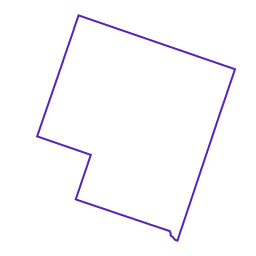 Peterborough, South Australia, Australia, rotated 289°
{"feature_id": "25037944B63042885451223", "entity_name": "Peterborough", "entity_type": "district", "adm_level": 2, "iso_a3": "AUS", "parent_name": "Australia", "parent_adm1": "South Australia", "projection": "robinson", "projection_center": [138.942, -32.848], "detail": "fine", "context": "isolated", "style": "outline", "palette": "violet", "viewbox_px": 256, "rotation_deg": 289, "n_neighbors": 0, "source": "geoboundaries", "source_scale": "gbopen_adm2", "svg_char_len": 2042}
<svg xmlns="http://www.w3.org/2000/svg" viewBox="0 0 256 256"><g transform="rotate(289 128 128)"><path d="M218.4,210.0L218.4,182.9L218.4,167.9L218.4,141.7L218.4,141.1L218.4,129.9L218.4,128.5L218.4,114.5L218.4,110.6L218.4,93.8L218.4,84.1L218.4,63.9L218.4,60.2L218.4,51.5L218.4,51.2L218.4,48.3L218.4,44.6L214.7,44.6L210.9,44.6L205.2,44.6L203.1,44.7L200.6,44.7L196.5,44.7L193.4,44.7L188.9,44.7L184.6,44.7L181.3,44.7L173.5,44.7L169.7,44.8L166.3,44.8L159.8,44.8L157.4,44.8L153.4,44.8L148.7,44.8L143.9,44.8L139.0,44.8L133.7,44.8L129.3,44.8L127.9,44.8L126.0,44.8L118.3,44.8L114.2,44.8L110.8,44.8L103.1,44.8L99.3,44.8L94.4,44.8L90.5,44.8L90.5,50.8L90.5,64.0L90.5,93.9L90.5,101.6L84.5,101.6L79.6,101.7L79.3,101.7L70.4,101.7L66.3,101.7L61.6,101.7L56.6,101.8L52.9,101.8L49.1,101.8L43.5,101.8L43.5,103.1L43.5,106.3L43.5,111.3L43.6,125.1L43.7,133.0L43.7,136.7L43.7,137.9L43.7,142.6L43.7,144.5L43.7,146.6L43.8,158.7L43.9,159.0L43.8,164.4L43.9,168.4L43.9,171.1L43.9,178.0L43.9,180.6L43.9,181.6L44.0,183.5L44.0,187.2L44.1,201.2L43.3,201.5L42.1,202.8L40.6,203.1L40.1,203.6L40.0,203.8L39.7,205.3L39.3,206.0L39.0,206.8L38.2,207.8L37.6,209.0L37.6,211.4L41.3,211.4L46.8,211.3L52.5,211.3L53.5,211.3L57.6,211.2L59.4,211.2L59.5,211.2L59.8,211.2L60.0,211.2L60.3,211.2L60.5,211.2L61.1,211.2L61.4,211.2L61.6,211.2L61.8,211.2L62.1,211.2L62.3,211.2L62.5,211.2L62.9,211.2L63.1,211.2L63.4,211.2L63.5,211.2L63.9,211.2L64.0,211.2L64.3,211.2L64.6,211.2L64.8,211.2L70.0,211.1L75.1,211.1L80.9,211.1L81.5,211.0L84.6,211.0L88.0,211.0L90.3,211.0L90.7,211.0L93.9,210.9L94.1,210.9L99.7,210.9L105.0,210.8L105.4,210.8L105.7,210.8L106.1,210.8L106.4,210.8L106.5,210.8L106.9,210.8L107.1,210.8L107.3,210.8L114.3,210.7L114.4,210.8L118.7,210.7L122.7,210.7L126.7,210.6L128.1,210.6L131.3,210.6L135.9,210.6L139.5,210.5L144.9,210.5L149.8,210.4L153.0,210.4L157.2,210.4L160.1,210.3L166.2,210.3L170.8,210.2L174.9,210.2L178.0,210.2L183.1,210.2L187.2,210.2L192.2,210.2L195.2,210.1L200.6,210.1L205.1,210.1L208.8,210.1L211.8,210.1L218.4,210.0Z" fill="none" stroke="#5b21b6" stroke-width="2"/></g></svg>